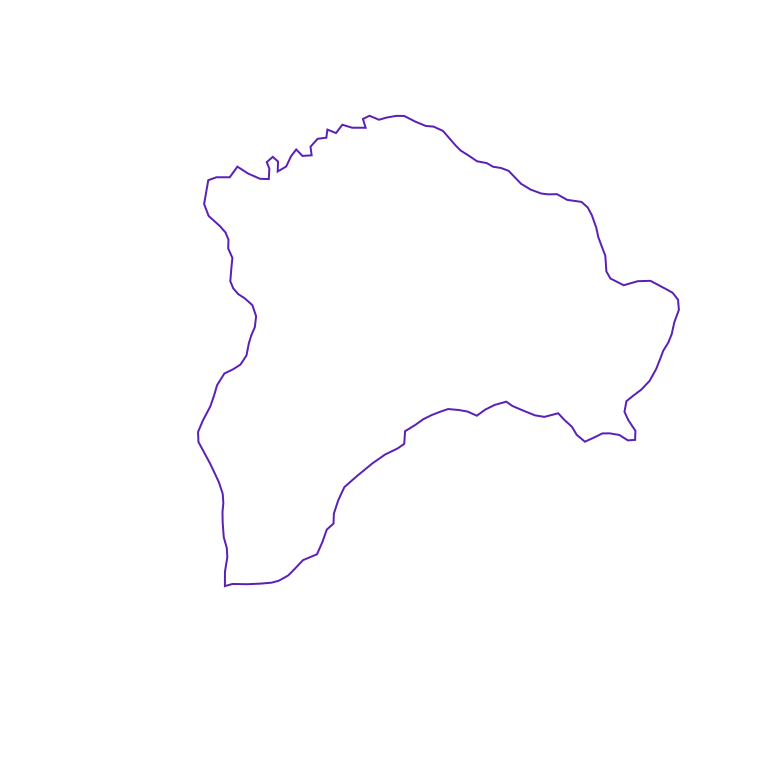 the district of Macatuba, São Paulo, Brazil, rotated 207°
{"feature_id": "56859067B58537129130586", "entity_name": "Macatuba", "entity_type": "district", "adm_level": 2, "iso_a3": "BRA", "parent_name": "Brazil", "parent_adm1": "São Paulo", "projection": "orthographic", "projection_center": [-48.72, -22.463], "detail": "fine", "context": "isolated", "style": "outline", "palette": "violet", "viewbox_px": 768, "rotation_deg": 207, "n_neighbors": 0, "source": "geoboundaries", "source_scale": "gbopen_adm2", "svg_char_len": 2134}
<svg xmlns="http://www.w3.org/2000/svg" viewBox="0 0 768 768"><g transform="rotate(207 384 384)"><path d="M554.5,572.3L557.2,562.0L552.3,554.9L560.2,550.2L568.7,553.1L570.2,544.9L569.9,533.3L575.2,525.1L579.4,534.1L586.2,535.9L589.2,528.5L583.9,523.8L579.7,514.3L587.4,510.6L600.4,509.8L613.3,511.1L615.3,498.2L627.2,492.1L633.1,485.8L626.0,462.7L616.5,454.1L601.9,450.2L593.9,447.0L588.1,442.0L584.4,434.1L576.3,427.5L572.5,417.7L567.6,405.8L561.8,400.8L554.6,397.9L547.0,397.1L537.1,394.5L528.7,386.3L524.9,376.0L524.4,367.6L522.9,358.9L519.5,347.0L520.7,336.2L525.2,328.5L531.0,320.9L532.2,307.2L530.1,296.1L528.6,285.3L528.8,269.2L527.9,256.8L523.0,248.1L502.3,233.8L486.7,221.7L477.9,213.0L473.0,204.8L469.8,196.6L464.9,187.4L457.2,174.7L449.6,166.5L445.0,158.6L440.5,144.6L434.0,131.7L428.3,137.0L414.8,143.6L403.7,149.9L393.9,156.0L388.4,161.0L382.4,170.0L380.1,177.1L376.2,190.3L366.4,201.9L367.1,214.8L368.9,228.3L365.6,236.7L369.8,245.7L372.0,259.7L372.5,274.2L366.2,290.0L358.2,308.2L351.0,321.7L342.6,332.8L338.8,339.9L343.8,351.5L337.7,361.5L333.0,370.5L327.4,378.0L321.6,384.5L315.5,390.8L305.5,394.8L296.9,397.4L286.9,397.9L282.0,407.4L275.9,415.6L267.0,423.8L259.7,422.7L247.9,423.5L235.3,424.6L226.2,427.5L215.5,437.0L206.7,433.8L197.1,431.2L189.2,426.2L178.8,423.8L171.9,432.5L167.0,439.1L160.5,442.5L151.2,445.4L141.1,444.5L134.9,448.2L138.8,456.5L149.9,462.7L157.1,468.4L160.2,478.8L156.6,486.8L152.2,495.8L148.8,507.3L148.3,520.9L149.1,529.6L150.3,540.4L149.5,549.9L150.3,559.1L153.4,571.0L154.9,583.9L160.3,592.6L168.2,596.3L175.9,596.6L193.4,596.9L204.6,590.8L215.3,580.8L230.2,580.8L237.0,585.3L245.0,598.7L252.6,605.6L259.8,612.2L266.0,619.8L275.5,628.8L282.7,633.8L290.7,635.9L304.5,631.2L316.0,631.7L323.6,627.6L330.4,625.1L341.6,623.8L352.6,624.6L369.8,630.5L377.8,629.6L385.4,627.1L392.6,627.5L402.2,624.7L411.8,625.9L421.7,626.8L428.9,629.2L446.4,636.3L456.8,635.8L463.9,632.9L475.1,632.0L487.7,632.0L494.9,628.4L502.6,622.6L508.4,617.2L518.7,616.4L523.1,610.6L516.7,604.0L528.6,597.9L538.8,596.1L540.7,585.8L549.9,585.0L547.2,577.3L554.5,572.3Z" fill="none" stroke="#5b21b6" stroke-width="2"/></g></svg>